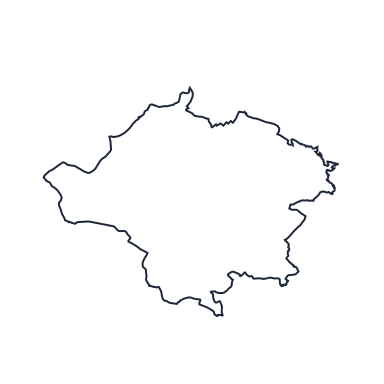 Sacel, Harghita, Romania, rotated 213°
{"feature_id": "2599482B48323275068284", "entity_name": "Sacel", "entity_type": "district", "adm_level": 2, "iso_a3": "ROU", "parent_name": "Romania", "parent_adm1": "Harghita", "projection": "equal_earth", "projection_center": [24.895, 46.344], "detail": "fine", "context": "isolated", "style": "outline", "palette": "slate", "viewbox_px": 384, "rotation_deg": 213, "n_neighbors": 0, "source": "geoboundaries", "source_scale": "gbopen_adm2", "svg_char_len": 5959}
<svg xmlns="http://www.w3.org/2000/svg" viewBox="0 0 384 384"><g transform="rotate(213 192 192)"><path d="M250.5,278.2L250.1,276.0L249.1,274.7L249.1,273.1L251.3,271.3L253.8,270.6L255.0,267.9L252.2,260.6L253.5,258.1L254.7,256.7L255.0,255.1L260.2,249.8L261.7,249.2L265.7,245.4L273.2,243.7L274.2,242.8L274.8,241.5L274.2,239.6L274.6,238.5L274.0,237.1L275.5,233.9L274.8,231.1L275.2,229.6L275.8,228.0L276.7,226.7L276.4,226.4L277.5,225.5L276.5,224.5L278.1,220.7L278.2,219.1L278.7,217.4L278.9,213.1L279.2,210.8L280.8,204.5L283.2,200.2L285.0,197.8L287.8,195.3L290.2,194.6L291.4,193.4L287.8,189.9L283.0,183.5L282.8,181.3L283.9,174.3L285.5,170.6L286.0,168.2L285.7,158.9L286.2,156.9L287.9,152.9L289.6,151.3L293.2,150.5L304.5,150.0L310.7,147.1L314.1,147.2L315.7,147.0L316.5,146.3L318.4,141.9L320.9,135.3L323.0,131.8L324.6,125.9L324.3,123.3L321.5,122.6L320.3,122.0L319.7,122.3L317.7,122.2L316.5,122.6L312.8,120.6L309.9,120.7L306.7,120.4L302.5,118.9L299.2,117.2L298.3,116.4L297.7,115.0L297.8,114.6L297.3,113.0L297.7,110.5L295.9,108.0L292.9,106.1L289.2,102.9L284.5,100.4L283.1,99.2L279.8,99.8L278.9,99.5L278.1,100.4L275.7,100.7L274.2,101.3L273.2,101.5L272.7,101.8L271.9,103.9L271.0,104.8L265.0,109.3L262.2,111.2L238.9,120.6L236.8,120.3L233.8,119.5L232.2,119.4L230.3,120.5L227.4,122.6L225.5,122.6L223.3,121.5L219.8,120.6L218.8,120.1L218.5,119.0L218.7,117.8L218.7,116.3L218.4,115.9L216.3,115.9L215.0,116.1L209.7,116.4L205.9,116.1L204.7,115.9L196.2,116.7L195.7,114.3L195.7,111.3L195.3,107.5L194.8,105.7L193.7,104.0L192.8,102.8L192.0,102.4L189.4,102.1L188.3,101.6L184.0,96.2L183.0,93.6L182.5,93.1L178.2,91.0L177.3,90.9L177.2,90.1L176.6,89.9L174.6,91.0L173.0,91.3L171.3,92.2L169.3,92.9L168.7,94.0L168.0,94.2L163.6,91.8L161.5,89.4L158.4,86.5L157.1,86.0L155.6,85.9L154.0,86.8L151.9,86.7L149.9,87.1L143.9,89.8L143.6,90.5L143.8,91.6L142.8,93.0L142.7,94.7L141.9,95.9L140.5,98.4L138.1,101.1L136.8,102.2L135.5,102.8L131.7,103.8L128.1,105.5L127.0,106.2L126.1,106.0L125.2,102.4L124.8,101.9L124.3,101.8L117.9,103.2L114.2,103.6L109.7,103.7L108.4,103.4L106.6,101.7L103.6,101.5L103.4,101.7L103.7,102.1L103.6,102.6L103.1,103.0L102.8,102.8L102.6,103.3L101.9,104.1L99.2,104.9L99.1,105.2L99.3,105.6L100.5,106.2L101.8,107.6L104.5,112.3L105.3,113.0L108.9,115.5L109.8,115.1L111.1,112.8L111.6,112.3L113.1,112.3L115.2,113.6L116.8,115.1L118.4,117.3L119.6,117.9L121.5,118.2L121.9,118.6L121.7,119.0L119.7,120.3L118.8,121.1L117.2,121.1L115.1,121.6L111.5,123.8L110.7,124.6L109.9,125.9L109.7,126.8L109.0,128.6L108.6,131.2L107.8,133.4L107.7,134.5L107.9,135.1L109.5,138.6L109.9,140.6L110.4,140.7L111.2,140.5L114.3,141.4L115.6,141.3L116.8,142.0L116.9,142.5L116.8,143.2L115.3,146.5L114.2,147.6L108.9,148.7L107.4,148.6L106.7,148.1L106.4,148.4L105.9,147.8L105.6,147.8L104.8,149.5L104.4,151.0L104.1,153.0L103.4,153.5L101.3,152.5L99.6,152.2L98.0,152.4L96.4,153.8L95.9,154.0L93.4,152.9L92.9,153.0L90.7,154.8L88.1,156.5L84.4,158.2L80.4,162.2L78.8,163.3L75.7,164.4L74.0,165.7L71.9,166.7L71.0,166.7L68.1,162.8L65.7,161.8L64.9,162.4L65.7,163.1L65.4,163.5L65.1,163.5L65.1,163.9L64.6,164.0L64.5,164.3L63.3,164.4L62.7,165.2L62.6,165.9L63.1,166.0L63.0,167.4L63.4,168.6L63.2,169.1L62.8,169.5L62.9,169.8L66.0,169.9L66.3,170.2L66.2,174.0L65.8,174.8L62.4,177.4L60.6,179.2L60.0,180.5L59.4,183.3L61.1,184.3L61.9,185.0L63.4,185.7L66.2,184.8L66.5,185.0L66.4,185.5L67.2,185.5L67.4,185.9L69.3,185.8L69.7,186.2L70.1,186.0L71.1,186.1L71.4,186.3L72.2,186.2L73.8,186.9L76.3,187.4L76.8,188.1L76.6,189.7L76.6,191.2L78.1,192.4L79.4,194.7L78.8,195.3L78.7,195.7L79.0,196.5L79.7,197.5L81.1,197.9L81.1,199.0L81.8,199.4L82.3,200.9L85.6,201.9L87.4,202.0L88.1,202.4L87.1,203.9L86.1,208.0L85.3,214.1L83.8,221.3L83.2,222.4L82.6,230.2L83.6,233.5L86.6,233.6L88.2,233.5L93.9,234.2L95.5,233.6L98.0,231.7L101.3,231.1L102.6,235.0L100.4,236.6L98.2,240.6L95.2,244.9L91.9,246.8L90.9,248.0L89.0,248.3L87.3,249.8L85.4,250.8L85.9,251.5L85.9,252.0L84.6,256.8L84.1,259.7L84.3,261.5L83.6,262.6L81.8,264.2L78.7,264.9L77.3,266.5L75.3,266.2L73.5,266.4L73.1,266.7L73.2,267.2L74.1,267.4L74.3,267.6L74.0,268.8L73.2,270.3L73.4,271.4L74.1,272.3L75.5,273.0L73.9,273.1L75.5,273.7L76.1,274.5L76.7,274.7L80.3,275.3L82.0,274.9L83.3,275.9L84.1,275.2L85.6,275.6L85.8,276.0L85.4,276.7L85.4,277.5L86.1,279.1L86.8,279.6L86.3,280.5L86.4,280.8L87.8,281.0L88.6,280.8L89.4,281.5L90.0,281.6L90.4,282.2L90.3,283.0L90.9,283.8L90.8,284.1L89.8,284.6L89.1,284.4L88.5,284.8L87.6,284.7L85.7,287.6L85.5,289.4L87.7,288.6L88.1,288.6L88.3,289.0L87.9,289.9L88.0,290.6L87.9,291.2L86.9,292.1L86.3,292.2L86.3,293.1L85.0,294.3L85.0,294.8L86.8,294.3L89.6,293.3L90.3,292.8L91.4,292.9L92.4,292.3L92.8,292.4L93.3,291.9L95.0,291.4L95.1,291.2L94.2,290.8L93.5,289.7L92.4,289.4L92.2,288.5L92.6,287.5L94.3,287.3L94.9,286.9L96.4,287.1L96.7,288.2L98.5,289.2L98.8,290.1L100.6,290.7L100.7,291.0L101.5,290.8L102.7,291.9L104.9,292.0L105.0,292.2L104.8,292.5L103.4,292.8L103.1,293.1L105.8,294.4L106.2,294.5L106.2,294.1L106.0,292.6L106.4,291.8L110.5,293.1L109.6,293.8L109.2,294.8L109.5,295.4L110.3,296.1L111.4,298.1L112.9,295.5L113.9,294.3L114.3,294.2L117.0,295.1L118.8,293.4L120.4,293.6L121.1,292.1L122.6,292.7L126.8,291.8L126.8,291.3L132.9,291.5L136.5,291.0L137.1,289.9L136.8,289.4L135.7,288.2L134.2,287.5L132.9,286.1L134.2,286.1L135.8,284.8L136.4,284.7L138.4,285.0L139.4,287.6L149.3,287.6L151.9,287.0L152.1,290.3L153.4,292.8L156.3,294.1L160.8,293.6L168.7,290.7L175.2,289.4L178.8,288.3L179.9,287.6L185.7,286.1L186.6,286.0L188.5,286.4L189.7,286.9L189.8,287.1L189.5,287.5L189.8,287.6L190.1,287.2L191.6,287.9L191.9,287.0L196.3,284.9L195.1,277.1L195.4,272.4L198.1,272.7L198.8,269.2L201.1,269.3L201.8,264.8L205.4,265.0L207.3,261.2L208.7,261.8L209.1,261.0L209.4,259.6L210.4,257.2L210.6,257.1L211.2,257.3L212.5,258.7L216.3,260.4L218.1,262.3L219.2,261.7L220.1,261.6L220.8,261.3L224.9,260.4L227.5,258.9L231.0,257.4L231.9,257.4L234.8,258.1L241.5,257.3L241.8,257.9L241.7,258.8L240.6,260.3L243.1,261.2L242.7,263.3L242.5,267.2L243.5,272.5L244.7,274.6L245.7,275.9L250.5,278.2Z" fill="none" stroke="#1e293b" stroke-width="2"/></g></svg>